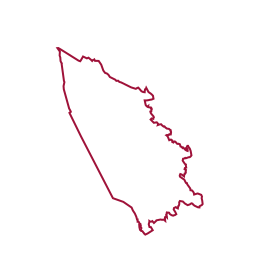 SVG path tracing the border of Qaraghandy, rotated 63°
{"feature_id": "KAZ-3203", "entity_name": "Qaraghandy", "entity_type": "Region", "adm_level": 1, "iso_a3": "KAZ", "parent_name": "Kazakhstan", "parent_adm1": "", "projection": "robinson", "projection_center": [73.067, 48.605], "detail": "fine", "context": "isolated", "style": "outline", "palette": "rose", "viewbox_px": 256, "rotation_deg": 63, "n_neighbors": 0, "source": "natural_earth", "source_scale": "10m", "svg_char_len": 4035}
<svg xmlns="http://www.w3.org/2000/svg" viewBox="0 0 256 256"><g transform="rotate(63 128 128)"><path d="M65.6,123.9L68.5,123.4L69.8,122.1L71.6,121.3L74.3,121.0L79.2,117.4L80.7,117.0L81.4,115.3L83.0,114.8L84.3,113.4L93.3,106.7L96.6,103.3L96.7,102.4L96.5,102.0L96.6,101.7L96.6,101.2L96.6,100.6L97.4,100.3L101.4,99.3L102.8,98.2L103.7,96.9L102.3,96.1L101.8,95.5L101.3,95.3L101.1,94.1L100.5,93.5L105.3,93.4L107.7,92.1L109.2,91.5L110.6,91.1L113.5,92.0L113.4,93.9L113.1,94.9L112.8,95.7L112.5,97.1L111.8,99.1L111.0,100.6L115.5,101.8L117.0,101.5L117.8,101.1L117.6,100.1L118.0,100.4L118.7,100.4L119.5,99.3L120.2,98.2L121.2,98.1L121.4,98.7L122.3,98.5L123.2,99.5L123.7,99.7L123.5,100.6L124.6,100.9L125.9,100.8L129.3,100.0L130.2,100.1L130.5,100.7L131.3,101.3L130.2,102.7L130.7,104.0L135.1,102.6L136.0,99.8L137.8,99.3L138.5,99.7L138.9,100.1L139.1,98.5L139.7,96.8L140.3,96.6L141.0,96.5L142.4,95.9L143.0,95.5L142.9,95.0L143.3,94.7L144.8,94.4L145.3,94.0L146.1,93.7L147.4,91.9L148.8,91.4L149.0,91.0L149.5,91.0L149.9,91.4L150.6,91.3L151.0,91.7L151.6,91.7L153.1,92.8L152.4,93.8L152.8,94.0L152.6,95.2L152.3,96.0L151.9,96.4L151.9,97.1L152.5,96.8L154.0,96.5L157.6,96.8L157.8,95.0L158.4,94.8L159.0,94.3L160.6,94.9L161.3,94.3L160.8,94.0L160.8,93.4L161.2,93.0L161.1,92.8L161.2,92.4L162.1,92.0L162.7,91.7L163.2,91.7L164.3,91.4L164.9,90.7L164.9,90.2L166.0,89.2L168.3,89.6L168.7,89.1L169.4,88.9L170.6,88.4L170.3,87.8L171.1,87.5L173.5,86.8L174.8,86.0L175.5,85.3L174.9,84.9L173.6,84.6L172.9,85.2L172.2,85.5L172.2,85.1L171.9,84.5L171.1,83.6L170.9,83.2L171.2,82.6L171.9,82.7L174.4,82.3L176.9,82.6L181.2,83.9L181.6,84.7L181.9,85.5L182.0,86.3L181.6,87.2L181.2,90.3L180.6,90.6L180.7,91.8L180.4,92.9L181.9,94.1L185.1,93.7L186.1,93.5L186.8,93.0L187.2,93.4L188.1,93.6L189.7,94.1L189.5,95.5L190.4,96.3L191.7,95.4L193.1,96.5L193.6,96.5L194.3,97.2L194.7,98.0L194.4,98.3L195.3,99.2L196.5,100.0L195.0,100.8L193.6,101.4L193.4,101.8L192.8,102.3L193.7,103.4L194.9,103.8L198.0,102.2L199.4,101.3L203.2,101.3L203.9,100.5L205.0,100.8L210.2,100.0L211.8,100.6L212.7,99.3L213.3,99.2L214.1,98.9L215.6,98.8L217.3,99.3L217.6,97.3L218.0,95.6L220.8,93.1L222.7,93.2L223.9,94.2L226.6,94.9L229.6,96.0L230.2,97.3L230.1,98.9L230.3,99.9L231.2,100.4L230.4,101.7L227.4,104.0L225.8,104.7L224.7,104.9L224.0,105.5L223.9,105.9L224.0,106.5L224.1,107.2L224.1,108.1L223.8,109.9L221.1,111.6L218.4,112.5L216.6,114.9L217.4,116.1L219.0,116.8L220.3,118.0L220.4,118.7L222.3,120.1L221.4,120.8L220.2,121.3L220.2,123.4L221.4,124.3L224.4,124.0L226.7,124.1L226.9,125.9L226.6,126.8L226.6,127.6L225.4,128.8L223.6,129.8L222.2,129.8L221.7,130.4L221.5,131.2L220.9,131.6L221.3,132.2L222.4,132.7L222.7,133.4L224.1,133.4L225.3,133.9L224.0,134.3L224.3,135.6L226.0,136.4L227.6,137.0L225.8,137.8L225.3,139.3L224.3,140.6L223.2,144.6L223.5,145.0L223.8,145.9L224.4,148.0L222.0,148.6L222.1,149.3L221.8,150.2L221.2,150.9L220.6,151.2L221.4,151.6L223.1,153.2L226.0,153.8L226.7,152.6L230.3,152.4L230.9,158.5L230.8,161.0L229.6,161.4L229.3,161.6L228.9,161.5L227.9,161.8L226.8,161.9L226.4,162.1L226.2,162.2L226.0,162.5L225.9,162.7L225.7,163.0L224.8,163.2L224.6,163.2L224.4,163.0L224.4,162.9L224.4,162.7L223.9,162.1L223.4,161.6L222.8,161.4L222.1,161.5L221.7,161.6L221.4,161.6L220.6,160.8L220.3,160.7L220.1,160.8L220.2,161.3L220.7,161.9L221.3,162.5L221.7,162.9L221.3,162.8L220.5,162.4L219.2,161.9L218.8,161.7L218.6,161.4L218.8,161.1L218.7,160.8L218.4,161.0L218.1,161.1L217.8,161.1L217.1,161.0L216.9,161.0L216.3,161.2L216.1,161.3L216.0,161.5L216.0,161.8L215.9,162.0L215.5,161.8L214.3,161.2L214.3,161.5L214.1,161.5L214.0,161.3L213.2,161.4L210.9,160.9L207.3,160.7L203.7,161.1L200.5,160.9L191.7,165.7L183.7,173.3L114.2,173.7L87.9,173.3L87.6,171.6L86.2,171.5L83.9,171.6L64.3,167.6L61.4,166.4L58.2,163.8L57.0,163.7L40.7,158.0L40.3,157.6L39.6,157.8L37.7,157.7L34.4,156.3L32.4,156.0L29.0,154.0L24.8,154.6L25.1,153.8L27.6,152.2L45.5,141.5L46.8,140.3L46.3,139.3L43.9,135.6L47.3,133.0L47.4,131.3L50.4,130.0L52.0,129.5L51.5,128.3L51.7,127.4L51.6,126.9L53.2,126.9L54.9,123.7L59.4,123.1L65.6,123.9Z" fill="none" stroke="#9f1239" stroke-width="2"/></g></svg>